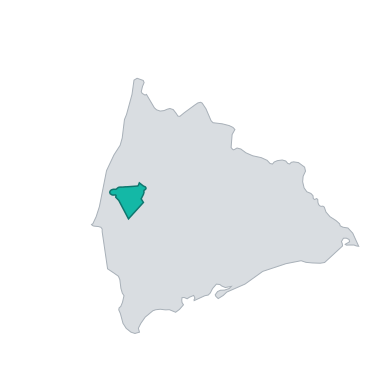 Nicaragua, with Granada highlighted, rotated 62°
{"feature_id": "NIC-655", "entity_name": "Granada", "entity_type": "Department", "adm_level": 1, "iso_a3": "NIC", "parent_name": "Nicaragua", "parent_adm1": "", "projection": "mercator", "projection_center": [-85.973, 11.905], "detail": "fine", "context": "in_parent", "style": "filled", "palette": "teal", "viewbox_px": 384, "rotation_deg": 62, "n_neighbors": 0, "source": "natural_earth", "source_scale": "10m", "svg_char_len": 2934}
<svg xmlns="http://www.w3.org/2000/svg" viewBox="0 0 384 384"><g transform="rotate(62 192 192)"><path d="M318.2,70.3L316.6,72.4L314.9,73.8L311.3,80.7L310.1,81.3L309.9,76.2L307.7,75.6L305.2,77.4L303.9,80.0L306.0,83.4L307.9,83.5L310.3,84.4L316.5,108.0L315.1,112.2L311.3,118.8L307.6,124.4L303.9,127.9L299.4,142.7L295.3,166.8L298.2,188.4L296.7,208.3L298.0,213.0L298.4,218.9L295.4,219.9L293.7,219.8L291.9,216.2L292.1,213.0L293.9,209.3L294.7,204.3L293.8,201.6L292.0,207.4L288.9,209.9L286.8,210.8L284.8,213.7L286.9,219.2L289.7,223.2L290.6,226.0L289.6,229.4L288.9,241.1L288.0,240.7L287.0,239.2L284.1,239.1L283.7,243.7L284.0,246.4L281.5,248.4L280.6,250.4L282.6,251.8L284.9,252.7L287.6,252.5L289.8,258.2L290.5,262.9L285.3,267.2L283.6,270.8L280.6,275.1L278.9,279.4L278.5,282.4L280.5,292.1L284.0,298.9L287.1,303.3L291.1,304.2L290.1,308.8L287.1,311.7L281.6,314.1L275.6,314.6L265.7,312.3L261.7,312.0L260.1,310.8L259.6,308.6L256.8,305.2L251.6,300.7L248.6,301.0L243.7,300.0L235.6,296.9L231.9,296.5L226.5,299.2L220.2,302.6L205.1,297.2L194.5,293.4L185.0,290.0L182.5,288.7L180.4,289.0L178.6,290.8L176.5,294.0L175.8,294.9L174.8,295.7L173.5,296.0L173.5,294.5L168.8,288.2L161.4,280.6L133.0,257.4L122.6,243.5L117.0,233.5L111.6,228.3L96.3,217.6L92.8,213.4L77.6,199.1L66.0,190.7L65.8,187.1L70.6,182.7L72.9,182.9L75.5,186.1L79.6,189.7L81.5,189.7L84.4,188.0L84.4,186.4L100.0,185.7L102.8,184.7L105.6,182.1L107.0,178.4L107.3,174.9L107.9,172.3L110.4,169.9L114.9,169.1L118.4,168.8L119.5,167.2L118.4,161.8L116.5,148.7L116.1,145.0L116.8,142.3L118.2,141.3L125.1,140.6L138.1,141.7L140.7,140.9L145.9,133.4L150.8,128.0L154.2,125.5L157.0,124.8L160.1,129.6L171.1,136.6L173.0,136.2L174.1,135.8L174.4,134.8L174.3,131.6L177.0,128.7L182.7,126.0L188.5,121.4L194.2,114.7L199.3,110.8L203.5,109.7L205.1,107.8L204.1,105.4L204.4,101.9L206.1,97.3L208.6,94.7L211.8,94.0L213.1,92.6L212.4,90.4L213.1,88.1L216.0,84.2L222.9,80.9L226.9,82.0L230.3,86.5L234.9,89.5L241.0,91.1L245.7,90.5L249.1,87.7L252.1,86.9L254.7,88.0L256.2,87.3L256.3,85.0L257.7,84.5L260.3,85.7L262.6,86.1L264.7,85.4L265.5,84.3L265.9,83.1L267.4,82.3L272.6,83.1L278.5,81.8L285.0,78.2L289.3,76.6L291.5,77.0L294.0,75.2L297.0,71.2L303.8,69.4L318.2,70.3Z" fill="#d9dde1" stroke="#a8b0b8" stroke-width="1"/><path d="M167.5,231.1L167.9,232.2L168.0,233.0L168.0,233.5L168.3,233.8L168.8,234.2L169.7,234.5L171.2,235.9L174.2,240.1L178.4,239.8L185.9,260.7L165.1,260.6L163.3,261.1L160.8,261.8L160.6,261.7L160.0,261.1L159.8,260.9L159.5,260.7L159.3,260.7L159.2,260.7L158.9,260.8L158.7,260.9L157.8,262.8L157.2,263.8L157.0,264.0L155.5,264.8L155.3,265.0L154.9,265.0L153.5,264.7L152.5,263.4L152.4,262.9L152.3,262.1L152.6,260.3L153.1,259.3L153.7,258.3L153.9,257.8L153.9,257.2L153.6,256.2L153.4,254.8L153.8,253.4L154.9,251.3L155.2,250.7L156.2,248.3L156.8,247.1L157.0,246.7L159.0,242.2L161.2,237.2L161.0,236.3L159.2,234.2L163.9,232.1L165.6,230.8L166.1,230.7L166.5,230.7L167.5,231.1Z" fill="#14b8a6" stroke="#0f766e" stroke-width="1.5"/></g></svg>